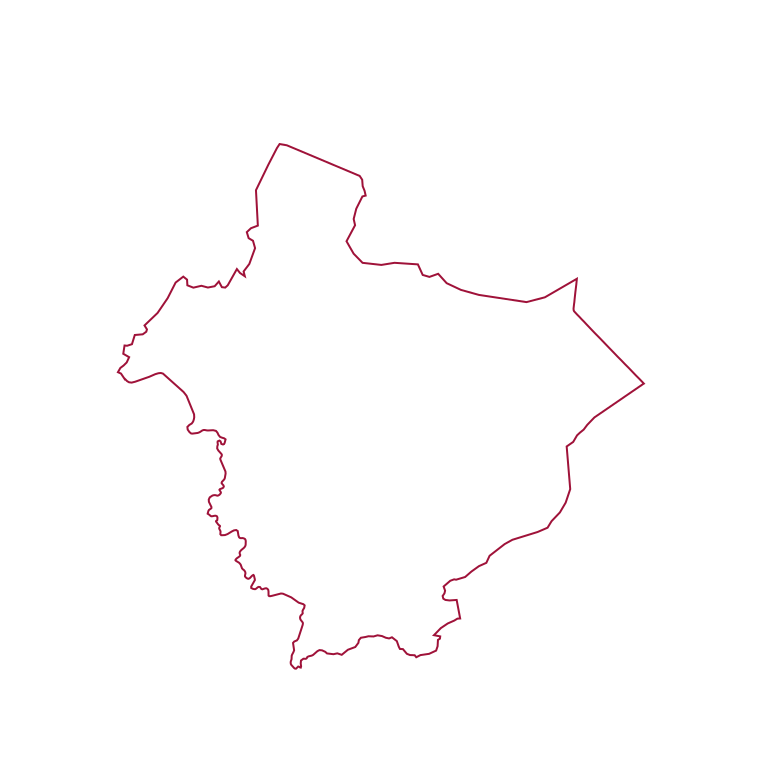 an SVG outline of Aqtöbe, rotated 243°
{"feature_id": "KAZ-3195", "entity_name": "Aqtöbe", "entity_type": "Region", "adm_level": 1, "iso_a3": "KAZ", "parent_name": "Kazakhstan", "parent_adm1": "", "projection": "albers", "projection_center": [57.897, 48.229], "detail": "fine", "context": "isolated", "style": "outline", "palette": "rose", "viewbox_px": 768, "rotation_deg": 243, "n_neighbors": 0, "source": "natural_earth", "source_scale": "10m", "svg_char_len": 5266}
<svg xmlns="http://www.w3.org/2000/svg" viewBox="0 0 768 768"><g transform="rotate(243 384 384)"><path d="M390.2,603.6L385.5,600.6L378.8,596.1L373.6,592.7L370.3,590.6L369.2,589.8L365.1,587.1L363.7,586.5L362.5,586.4L358.2,587.6L355.1,588.6L351.9,589.5L348.8,590.5L345.6,591.4L342.6,592.3L339.5,593.2L336.5,594.1L333.5,595.0L326.9,597.1L320.3,599.1L313.7,601.1L307.2,603.1L302.2,604.6L297.3,606.2L292.3,607.7L287.4,609.3L282.4,610.8L277.4,612.3L272.5,613.9L267.5,615.4L266.4,615.7L266.4,615.3L258.7,556.3L255.3,546.5L252.7,541.2L251.7,536.5L250.6,532.7L246.5,526.3L245.4,518.4L205.8,502.2L195.8,492.0L189.7,482.4L185.7,471.0L181.7,464.5L182.4,453.7L186.9,427.7L186.6,418.9L183.0,400.1L178.2,394.0L178.6,385.9L177.2,376.7L175.2,368.7L176.9,359.4L178.1,357.8L178.6,353.7L176.5,345.2L172.1,344.6L170.0,342.8L168.5,340.0L165.8,339.4L163.7,340.7L161.4,344.1L158.6,350.7L140.5,345.4L141.6,342.9L141.3,339.3L141.7,332.1L140.7,323.8L137.5,314.5L133.6,319.5L131.7,318.2L131.5,315.9L126.0,312.7L122.8,309.4L123.1,301.7L125.9,293.4L125.9,288.7L128.4,288.2L130.7,284.1L133.2,281.9L139.2,280.5L140.7,277.9L143.2,277.9L149.1,278.7L154.7,276.1L155.0,273.0L157.1,270.4L160.3,267.8L163.0,264.2L163.8,260.1L166.3,255.6L167.0,252.6L168.4,248.2L167.2,245.3L165.0,243.7L162.7,239.0L163.6,231.2L161.9,223.4L165.2,220.1L166.2,216.3L169.8,210.9L170.0,210.8L172.0,210.1L174.8,207.9L176.2,205.7L176.2,203.4L174.8,197.9L174.8,196.3L175.5,193.5L175.6,192.0L175.4,191.5L174.7,190.6L174.6,190.0L174.7,189.4L175.5,188.1L175.8,187.5L175.3,184.5L172.8,182.9L170.1,182.0L169.1,181.1L169.7,180.4L170.6,180.0L171.2,179.3L170.3,176.4L170.8,175.5L171.7,175.0L175.8,173.9L176.9,173.9L178.0,174.3L179.0,174.9L180.8,176.7L183.8,178.4L184.7,179.4L186.0,181.3L187.5,183.0L194.6,185.4L195.3,187.1L195.1,190.0L196.1,192.0L206.3,202.2L207.4,203.0L208.2,203.3L209.1,203.2L211.5,202.7L212.7,202.7L213.9,203.1L215.0,203.9L215.7,205.1L216.0,206.3L216.5,207.4L218.7,208.3L219.4,209.1L220.8,211.3L222.8,212.8L224.4,212.2L227.9,208.7L236.0,204.5L243.0,198.8L244.1,197.1L246.1,188.1L246.6,186.3L247.1,185.4L247.9,185.1L251.8,187.0L253.2,187.4L254.5,187.1L255.5,186.3L255.9,185.1L256.3,182.4L257.0,181.7L259.4,181.3L260.1,180.3L260.2,179.3L259.7,177.2L259.7,176.0L260.2,175.2L260.9,174.3L262.5,173.1L263.8,173.7L267.9,179.9L268.8,180.3L272.2,181.1L273.1,181.0L273.2,180.2L272.9,178.9L272.0,176.5L271.9,175.0L272.6,174.0L273.6,173.4L274.6,173.0L275.7,172.8L276.5,173.2L278.2,174.6L279.4,175.0L280.6,175.0L281.9,174.7L283.0,174.1L284.2,173.8L288.2,174.3L290.4,173.8L293.5,171.9L294.3,171.6L294.9,172.0L295.5,173.6L295.9,176.5L296.3,177.8L297.0,178.3L298.1,178.4L299.0,178.6L299.8,179.3L300.5,180.5L300.9,181.7L301.5,184.4L301.9,185.6L302.6,186.8L303.5,187.7L306.6,189.4L307.7,189.8L308.9,189.8L310.0,189.1L310.9,188.1L311.4,186.9L312.0,185.9L313.1,185.3L315.0,185.5L319.4,186.9L321.0,186.0L321.7,183.8L321.7,181.4L321.3,176.4L321.6,173.7L322.4,171.9L323.2,170.3L324.5,170.0L326.6,171.3L327.4,171.5L329.9,171.5L330.5,171.8L330.9,172.2L331.7,173.3L332.2,173.4L333.5,172.7L334.1,172.5L337.7,171.9L338.0,172.0L338.2,172.3L338.3,172.8L338.3,173.3L338.3,173.5L339.4,174.3L340.7,175.0L341.9,175.1L343.0,174.3L343.6,173.0L344.0,171.3L344.6,170.0L345.6,169.4L346.6,169.1L348.5,168.0L349.2,168.6L350.7,170.0L351.3,171.0L351.4,172.0L351.5,173.0L351.8,173.9L352.8,174.4L358.5,174.5L360.6,175.4L362.1,177.3L362.5,180.5L362.2,181.9L361.7,183.0L361.0,183.9L360.2,184.7L359.9,185.7L360.0,187.1L360.5,188.4L361.1,189.3L362.0,189.5L364.4,189.3L364.8,190.0L364.5,192.9L364.7,193.9L365.5,194.8L366.7,194.9L368.1,194.5L369.5,194.3L370.4,195.2L371.3,197.7L371.7,198.6L372.5,199.5L376.1,202.2L378.0,203.0L390.9,203.9L391.9,204.2L392.7,205.3L393.3,206.4L393.9,207.0L394.6,207.4L395.4,207.4L399.9,206.2L402.3,206.1L404.3,207.3L405.3,208.4L407.8,209.3L408.4,209.8L408.3,211.7L407.1,212.3L404.4,211.9L403.2,213.1L403.1,214.2L403.9,215.3L406.6,217.7L408.2,216.9L409.7,215.3L411.3,213.9L413.7,213.4L416.2,213.5L418.5,213.0L420.4,210.8L422.4,206.3L423.0,205.2L424.4,203.4L424.9,202.4L425.1,201.1L424.8,198.5L424.8,197.0L425.0,195.7L426.8,190.7L427.2,190.1L427.6,189.6L429.6,188.8L432.5,188.4L435.0,189.3L435.9,192.0L436.1,194.8L437.2,196.9L438.8,198.5L440.5,199.8L443.2,201.0L463.1,202.7L467.8,201.8L480.7,196.8L493.6,191.8L495.1,190.2L496.0,187.9L496.6,184.7L497.0,178.0L497.3,175.9L499.0,163.3L499.8,159.8L501.3,157.6L503.2,156.4L505.7,155.6L504.8,155.3L506.0,155.2L512.7,154.4L515.3,152.3L518.0,156.4L518.7,160.4L520.0,164.5L523.6,169.1L529.3,165.4L536.1,170.3L534.7,172.5L533.9,177.5L540.8,184.2L537.8,191.6L538.5,195.9L540.3,197.6L544.9,197.2L550.1,214.5L558.7,230.2L569.0,244.4L570.8,253.9L566.4,255.9L561.2,253.6L556.4,257.9L554.4,265.9L549.9,270.9L548.0,277.5L550.3,283.4L543.9,283.5L542.0,286.3L542.9,289.6L553.2,305.1L548.3,306.1L543.2,308.9L548.0,310.0L552.1,318.5L563.6,330.8L571.1,332.3L575.4,329.6L581.6,330.7L583.2,336.2L582.4,343.5L614.8,357.9L631.9,380.5L642.8,395.7L645.2,399.9L640.8,405.8L580.4,456.8L575.9,457.3L569.9,454.8L565.0,454.4L560.2,453.2L560.9,449.9L552.8,438.9L544.8,431.9L538.6,430.3L528.2,415.4L513.9,416.1L501.7,419.9L491.3,435.7L487.2,448.4L475.2,468.5L463.6,468.0L458.8,473.1L457.6,482.3L445.4,485.6L432.9,495.3L420.3,509.0L392.3,548.1L388.2,566.7L390.2,603.6Z" fill="none" stroke="#9f1239" stroke-width="2"/></g></svg>